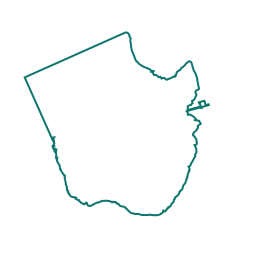 Ollei, Palau, rotated 163°
{"feature_id": "81905179B39968712547281", "entity_name": "Ollei", "entity_type": "district", "adm_level": 2, "iso_a3": "PLW", "parent_name": "Palau", "parent_adm1": "", "projection": "albers", "projection_center": [134.619, 7.719], "detail": "fine", "context": "isolated", "style": "outline", "palette": "teal", "viewbox_px": 256, "rotation_deg": 163, "n_neighbors": 0, "source": "geoboundaries", "source_scale": "gbopen_adm2", "svg_char_len": 5683}
<svg xmlns="http://www.w3.org/2000/svg" viewBox="0 0 256 256"><g transform="rotate(163 128 128)"><path d="M212.0,206.6L203.7,139.4L202.2,140.3L202.0,140.8L201.4,140.6L201.9,140.3L202.5,139.2L202.9,139.1L203.1,138.4L203.4,138.3L203.6,138.0L203.4,137.6L202.8,137.8L202.9,137.4L202.7,137.4L202.6,136.8L203.1,136.4L202.9,136.0L202.8,135.4L203.0,134.8L203.5,134.4L203.6,133.6L204.2,133.4L204.5,133.0L205.0,132.8L205.3,133.0L205.5,132.8L205.4,132.4L205.1,132.3L204.9,132.0L204.6,131.9L204.8,131.8L205.0,131.4L205.5,131.2L205.5,130.7L205.1,130.5L205.1,130.2L205.3,129.6L205.0,129.1L204.3,129.3L204.4,129.0L204.3,128.7L203.8,128.6L204.5,128.2L204.8,127.9L205.0,127.4L205.2,127.0L204.9,126.6L204.4,126.3L203.6,126.7L203.9,126.0L204.3,125.3L204.4,124.7L204.4,124.1L204.5,123.2L204.6,122.4L205.2,121.8L205.2,121.3L205.4,120.8L205.6,119.9L205.3,119.5L204.5,119.7L205.3,118.2L205.5,116.8L205.2,116.2L205.2,115.0L204.8,113.8L204.4,112.7L204.4,112.0L204.6,110.8L204.9,109.3L204.5,108.4L204.9,108.1L204.3,106.3L204.2,105.2L203.6,103.8L203.4,102.6L203.0,102.2L202.9,101.4L202.2,100.7L203.0,99.5L202.9,98.8L203.3,98.2L203.3,97.0L203.4,95.3L203.6,93.8L204.0,92.1L203.9,90.7L203.6,90.1L203.9,89.0L204.1,87.3L204.4,87.0L204.4,86.0L204.2,85.6L203.7,85.2L204.3,84.4L203.9,82.8L203.5,82.6L203.7,82.1L203.2,80.3L202.5,79.2L201.8,78.7L201.4,78.6L200.6,77.8L199.8,77.5L199.2,77.4L198.8,76.8L198.0,76.4L198.8,75.7L197.6,74.4L196.7,73.6L196.1,73.5L196.1,72.4L195.3,71.6L194.6,70.0L193.4,68.9L192.3,67.9L191.2,68.0L190.7,68.2L190.4,68.8L189.5,68.7L189.2,68.1L189.3,67.1L189.0,65.6L188.3,65.1L187.2,64.6L186.2,64.4L184.7,64.8L183.4,65.0L181.9,65.4L180.7,65.5L179.8,65.7L178.5,65.5L177.4,65.5L176.0,65.6L174.9,65.8L173.7,65.8L172.3,65.3L170.2,64.9L168.5,64.2L167.1,63.5L166.4,63.0L165.8,62.6L165.4,61.9L165.0,61.7L164.4,61.7L164.0,61.4L163.6,61.8L163.1,61.5L162.6,61.1L161.9,61.0L161.7,60.7L160.9,59.9L161.0,59.5L160.6,59.4L160.5,58.8L160.2,58.5L159.2,58.1L158.8,56.6L158.3,55.9L157.3,55.1L155.9,54.4L154.6,53.7L154.4,53.3L154.0,52.7L153.7,52.2L153.4,51.7L153.0,51.6L152.9,51.0L152.5,50.1L151.7,48.6L151.0,47.3L150.6,46.8L150.1,46.0L149.5,45.5L148.8,45.1L148.2,45.0L147.4,44.6L147.0,44.0L146.5,43.7L144.6,43.1L143.8,42.9L143.4,42.7L142.9,42.7L142.4,42.3L141.8,41.8L141.1,41.4L140.5,40.9L139.9,40.5L139.4,40.5L137.7,40.0L136.3,39.5L134.4,39.0L133.2,38.8L132.6,38.6L131.9,38.6L130.7,37.8L129.1,37.1L128.6,37.2L128.3,37.0L127.6,36.8L127.0,36.4L126.0,36.2L124.5,36.0L123.1,35.9L121.5,36.3L121.1,36.7L120.5,36.6L119.7,36.8L119.2,37.4L118.9,37.8L118.6,38.5L118.4,38.7L117.2,37.5L117.0,37.8L116.5,37.6L115.5,38.3L115.2,38.7L114.3,38.9L113.8,39.6L113.0,39.7L112.8,40.3L112.3,40.2L111.6,40.7L110.6,40.6L108.9,42.2L108.3,42.7L107.7,43.3L106.3,43.7L105.6,44.7L105.1,45.9L104.4,46.3L103.9,46.6L103.6,47.4L103.0,48.0L102.1,48.1L101.6,48.4L100.4,49.1L99.5,49.3L98.8,49.9L98.0,50.8L97.7,51.6L97.3,52.0L96.6,52.1L96.2,52.8L95.5,52.8L94.8,53.1L94.1,53.6L93.5,54.2L93.2,54.9L92.7,55.6L92.1,56.7L90.9,57.6L89.3,58.5L88.6,59.8L87.9,60.5L87.4,61.1L87.0,61.9L87.1,62.3L85.6,63.4L85.6,64.0L84.7,65.4L84.4,66.3L83.9,66.9L82.0,69.0L82.2,69.6L81.6,70.1L81.1,70.6L81.1,71.4L81.0,72.3L81.3,73.3L80.4,73.2L79.1,74.1L78.1,75.7L76.6,76.7L75.4,78.0L73.9,79.5L73.1,80.4L72.5,80.7L71.9,81.3L71.8,81.9L71.7,82.9L70.3,83.9L69.4,85.3L69.3,86.2L69.0,87.2L69.0,88.2L68.9,89.6L68.9,90.2L69.2,91.1L69.4,92.2L67.9,92.1L67.3,92.4L66.6,93.2L66.4,94.5L66.3,95.4L65.9,97.0L66.3,98.0L66.5,99.0L66.9,100.1L66.9,100.7L67.8,101.6L67.8,103.1L66.5,104.2L65.6,104.8L64.6,105.2L63.5,105.7L62.6,106.3L62.0,107.2L61.2,107.5L60.9,108.0L60.9,109.1L60.2,109.6L59.4,110.1L58.1,110.4L57.4,110.6L57.2,110.9L57.4,112.1L57.7,112.6L57.9,113.3L57.8,114.0L59.4,114.9L60.6,115.4L61.2,115.5L61.7,116.0L60.5,116.6L61.7,119.3L63.6,121.6L65.2,123.0L66.8,123.0L66.7,124.1L66.5,125.4L66.7,127.0L52.6,126.5L52.2,125.6L51.4,125.6L51.1,126.5L44.0,126.3L44.0,127.1L47.0,127.2L47.0,131.7L52.8,131.8L52.6,130.5L52.0,130.5L52.2,127.3L65.9,127.7L65.4,128.1L65.1,129.2L64.9,130.4L64.5,131.3L63.7,131.5L62.6,131.7L61.9,131.7L60.9,131.6L60.6,132.1L59.9,132.6L59.0,132.8L58.9,133.6L58.9,134.6L58.7,135.3L57.5,135.4L56.1,136.0L53.9,138.4L53.2,139.4L52.7,140.4L53.0,141.4L53.2,142.0L53.0,142.8L52.6,143.3L52.3,143.6L51.1,144.1L50.2,144.1L49.1,144.4L48.6,144.8L48.5,145.8L48.4,146.9L48.4,148.2L48.0,149.8L48.0,151.2L47.9,152.5L47.5,154.8L47.4,156.1L47.4,157.6L47.5,159.3L47.5,160.8L47.9,162.1L48.3,163.1L48.3,165.6L48.4,166.6L48.3,168.5L48.2,169.8L48.2,171.4L48.4,172.5L48.9,173.3L49.6,173.8L51.0,173.8L51.8,173.3L53.9,172.5L55.3,171.4L56.5,170.9L57.4,170.3L59.1,170.0L60.2,169.0L61.4,168.2L62.6,168.0L64.4,167.5L65.7,166.1L66.4,165.0L66.7,164.3L67.1,164.0L67.3,164.3L67.7,164.4L68.0,164.2L68.1,163.5L68.7,163.4L69.7,163.8L71.0,163.5L72.7,163.2L74.8,163.0L76.4,162.9L77.0,162.9L77.1,163.2L77.6,163.7L77.9,164.4L78.6,165.0L79.2,165.4L79.8,165.6L80.9,165.6L81.5,165.5L81.6,166.2L82.0,167.4L82.7,167.4L83.4,167.4L83.8,167.7L84.4,168.7L84.8,169.5L85.5,170.3L86.5,170.8L87.6,171.0L87.8,171.7L87.9,172.7L88.2,173.5L88.5,174.4L88.8,174.6L88.4,174.7L88.2,174.7L88.0,174.8L87.8,174.7L87.6,174.5L87.3,174.5L86.8,174.7L86.9,175.1L87.3,175.3L88.0,175.5L89.2,175.5L89.5,176.3L89.5,177.2L90.3,178.0L91.6,179.1L92.1,179.7L92.7,180.0L93.6,180.8L94.9,181.8L96.7,183.6L97.8,185.0L98.8,186.3L99.4,187.8L99.6,188.5L100.3,189.0L100.5,189.8L100.9,191.1L100.9,192.5L101.2,195.4L101.3,197.7L101.6,199.7L101.6,200.9L101.5,202.5L101.4,204.1L101.1,205.7L100.7,207.3L100.5,209.3L100.3,210.5L99.9,211.9L99.3,212.8L99.3,213.4L99.5,214.1L99.7,214.6L99.8,214.9L99.8,215.6L99.5,216.2L99.7,217.0L99.9,217.9L100.3,218.7L101.1,219.6L101.6,219.6L102.3,220.0L102.5,220.1L212.0,206.6Z" fill="none" stroke="#0f766e" stroke-width="2"/></g></svg>